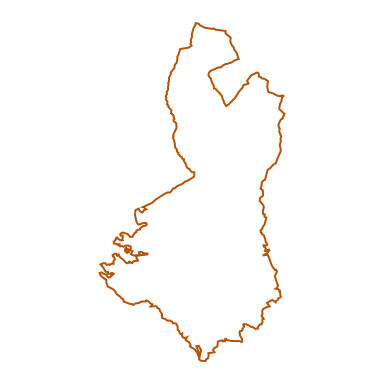 Sangeorz-Bai, Bistrita-Nasaud, Romania
{"feature_id": "2599482B94915018656895", "entity_name": "Sangeorz-Bai", "entity_type": "district", "adm_level": 2, "iso_a3": "ROU", "parent_name": "Romania", "parent_adm1": "Bistrita-Nasaud", "projection": "robinson", "projection_center": [24.648, 47.428], "detail": "fine", "context": "isolated", "style": "outline", "palette": "amber", "viewbox_px": 384, "rotation_deg": 0, "n_neighbors": 0, "source": "geoboundaries", "source_scale": "gbopen_adm2", "svg_char_len": 6024}
<svg xmlns="http://www.w3.org/2000/svg" viewBox="0 0 384 384"><path d="M255.4,328.9L257.9,328.5L257.6,327.6L259.2,325.3L260.2,324.3L261.6,324.3L261.9,322.9L262.4,322.5L262.4,319.2L263.8,318.8L261.6,316.1L262.6,313.9L262.1,311.5L262.9,309.2L266.9,307.0L269.7,306.4L267.0,302.9L272.3,299.9L275.5,302.3L275.6,301.3L277.9,299.8L278.3,298.3L280.0,297.7L280.9,296.7L280.4,295.7L280.1,291.6L279.4,291.5L279.7,290.5L278.1,289.1L275.7,288.7L276.9,287.9L278.0,285.8L274.8,276.3L276.9,271.5L276.2,269.9L274.7,269.9L274.4,268.8L273.0,267.5L271.4,264.5L268.9,257.2L267.5,254.7L262.7,255.5L267.1,253.2L269.3,250.6L268.8,249.6L265.6,251.3L265.1,251.0L265.6,250.5L265.3,250.1L265.7,248.7L264.9,246.6L264.0,246.7L263.5,245.3L266.4,245.4L267.3,244.8L267.3,244.2L265.6,241.6L265.5,240.2L263.9,235.4L261.6,233.7L261.6,232.8L260.5,231.8L260.6,230.1L262.0,229.3L262.8,226.7L264.5,224.6L266.4,217.6L264.5,216.8L264.8,214.5L263.2,214.2L262.9,211.0L263.8,207.1L263.3,205.2L259.6,200.8L259.8,199.0L260.5,197.5L262.9,195.9L263.1,191.5L262.6,191.0L262.6,190.2L260.6,188.5L261.5,185.9L261.8,182.5L263.2,180.7L265.1,179.6L267.7,169.7L270.1,168.2L273.2,164.8L275.9,163.2L277.2,159.0L280.7,151.2L280.6,148.6L279.7,144.9L280.8,141.6L280.5,138.8L281.3,136.9L279.2,131.4L279.7,129.1L278.6,126.4L278.5,124.3L280.7,119.6L282.5,118.8L282.9,116.7L283.9,115.6L284.4,113.9L279.4,109.1L279.2,108.4L280.2,103.5L281.3,101.5L282.0,97.5L283.4,96.0L282.7,95.5L279.8,96.1L277.7,95.8L272.3,93.1L268.3,92.0L267.2,86.6L268.0,81.2L264.8,79.0L261.9,78.3L260.6,77.0L258.8,76.6L258.8,74.2L258.1,72.8L257.1,72.5L251.1,75.4L247.1,80.8L248.4,83.3L248.0,83.9L243.5,85.1L242.4,87.8L239.1,91.5L235.2,97.7L228.6,104.5L226.2,106.0L223.9,102.5L223.7,100.9L222.7,98.8L221.8,95.6L215.5,88.8L213.9,88.5L213.6,85.1L211.8,82.3L210.8,78.5L208.7,75.9L208.4,74.6L209.2,72.4L210.5,70.9L218.5,67.5L221.3,67.2L222.5,65.8L224.9,64.4L231.3,62.6L235.0,60.2L238.6,59.0L236.6,52.7L234.3,49.7L233.7,47.2L232.5,46.2L231.1,43.8L230.3,41.3L230.6,37.6L225.6,33.4L225.6,31.0L215.5,29.6L213.3,28.4L212.0,28.9L204.8,27.7L199.8,25.2L198.7,23.8L195.9,23.0L195.5,23.7L195.5,24.9L193.7,27.9L191.9,33.8L192.0,37.0L190.7,39.9L191.2,42.5L190.5,43.6L190.6,44.4L191.6,45.7L188.8,47.6L180.2,49.0L178.3,55.1L177.4,56.4L177.3,59.7L176.4,63.3L175.2,64.1L174.5,66.2L174.5,67.9L170.8,72.4L171.0,73.7L169.0,77.8L168.9,81.9L168.0,83.2L168.6,84.3L167.9,87.5L168.2,89.3L166.7,92.1L166.9,94.2L165.7,96.3L166.3,97.5L166.1,99.5L167.5,101.9L167.1,104.4L168.4,105.5L168.3,106.6L171.2,110.2L171.4,110.9L171.0,113.3L173.0,114.9L173.5,116.1L174.4,119.0L173.6,119.5L173.6,120.8L174.3,121.8L175.4,122.3L176.3,123.7L176.5,128.1L173.4,134.2L173.4,136.4L172.9,137.1L174.5,141.9L175.2,147.5L177.0,149.8L176.8,151.5L178.4,152.8L178.1,153.9L179.4,154.8L179.8,156.1L181.8,157.1L182.2,158.6L184.1,159.3L183.7,160.6L185.7,163.8L186.9,167.5L188.7,168.9L189.3,168.8L191.0,171.3L192.2,172.2L194.3,172.2L194.3,175.5L193.9,176.8L187.9,180.6L185.0,181.6L182.7,183.7L176.8,186.3L174.6,188.4L173.3,188.3L170.6,192.0L169.3,192.6L167.8,192.4L165.0,193.6L155.6,199.6L152.4,202.7L142.9,207.1L144.1,207.4L146.2,209.4L144.1,210.0L142.4,212.6L139.6,210.9L138.6,208.6L135.7,210.1L135.4,210.5L135.0,214.8L136.4,221.6L137.6,223.7L138.6,224.7L143.6,222.9L145.9,223.1L146.7,223.6L146.7,224.6L145.9,225.5L143.1,226.0L140.1,228.3L139.9,229.6L137.8,229.8L136.3,230.9L136.2,232.2L134.5,233.3L132.3,236.8L130.2,236.9L127.7,234.1L122.7,232.5L120.5,233.7L120.2,234.4L121.0,235.7L122.6,235.5L122.8,237.8L122.2,239.1L122.7,240.2L120.6,240.3L117.9,238.8L117.3,237.5L116.5,237.6L115.9,238.2L115.9,239.5L113.6,241.9L114.2,243.6L116.0,243.8L117.3,244.7L117.8,244.1L119.6,244.3L119.2,245.7L120.1,246.4L121.2,245.8L123.6,246.8L125.3,245.7L127.7,245.5L130.7,246.5L130.8,248.6L130.4,249.5L129.6,249.7L127.0,248.9L126.2,247.8L125.1,249.0L125.0,249.9L125.8,250.1L125.3,251.4L127.8,253.5L126.7,251.3L127.5,251.2L128.3,252.4L128.7,252.2L128.4,250.4L128.9,250.1L132.5,251.3L130.8,253.9L132.4,255.1L134.2,255.5L137.7,255.2L139.6,254.0L138.9,252.2L141.1,252.0L142.7,252.4L143.0,253.2L147.5,253.5L147.5,254.4L136.2,255.8L135.8,256.1L136.6,256.7L136.5,258.1L137.8,260.1L137.3,260.3L137.5,260.8L133.8,261.2L132.6,262.1L132.3,263.0L130.9,262.6L129.7,261.5L129.1,261.8L129.3,262.7L126.7,263.2L122.2,258.8L120.4,257.8L118.7,254.6L117.5,255.9L116.3,254.4L116.4,253.9L114.7,253.7L112.6,255.0L113.0,256.5L113.9,256.7L114.9,259.4L113.6,260.7L113.5,263.8L112.5,263.3L109.6,264.9L109.2,264.4L106.7,264.8L105.3,263.3L103.4,263.2L100.5,264.4L101.8,265.7L101.7,266.2L102.8,266.7L105.6,271.6L108.2,272.2L107.6,273.5L111.0,274.2L111.3,272.9L112.5,273.0L113.7,273.7L113.3,274.3L111.5,275.3L111.8,275.7L110.5,276.8L108.6,277.7L106.8,275.9L106.5,274.8L103.2,273.6L101.6,272.4L99.6,273.2L100.5,275.1L102.8,277.6L106.3,279.8L106.5,283.2L107.9,286.6L112.2,288.7L114.6,290.6L116.7,294.3L120.0,296.5L121.8,298.7L123.2,299.1L123.8,301.7L130.3,304.0L131.8,304.0L133.1,304.9L135.3,303.5L138.5,303.1L141.0,301.7L146.1,301.3L146.4,300.4L147.9,300.9L150.2,303.1L152.4,304.3L150.6,306.5L155.6,306.1L156.9,306.8L157.3,308.0L159.3,308.8L160.1,311.2L161.9,313.7L162.1,314.8L161.7,315.4L162.1,315.9L162.1,318.1L165.5,319.0L167.1,320.6L170.3,320.6L171.1,321.4L172.2,321.6L172.8,323.2L175.9,323.4L177.6,326.3L177.7,329.7L179.4,331.4L179.7,333.3L181.2,334.4L182.2,333.6L182.0,335.9L183.1,337.6L184.7,337.8L185.0,338.3L186.8,337.4L185.7,339.4L185.8,340.2L189.2,342.3L190.6,345.3L190.0,346.5L194.8,349.5L197.3,352.9L198.5,356.2L199.3,353.6L196.4,346.2L198.7,345.8L201.1,350.1L199.1,359.4L201.0,360.8L205.4,361.0L206.5,359.0L207.9,358.3L208.6,356.0L208.4,353.2L214.4,352.3L213.1,350.3L213.7,348.5L217.3,346.5L217.9,341.6L219.0,341.1L222.1,340.3L222.6,341.3L224.6,341.3L224.2,340.7L225.1,339.1L225.7,339.7L226.2,339.3L226.4,339.9L231.8,341.0L239.6,341.1L241.7,342.1L242.2,341.3L242.1,339.1L240.0,335.4L240.0,334.0L239.4,332.7L239.9,331.1L241.4,331.1L242.5,330.1L242.5,328.7L243.8,327.3L244.2,326.3L243.2,325.1L243.6,324.1L246.2,324.3L249.6,325.8L250.6,326.7L253.1,327.2L255.4,328.9Z" fill="none" stroke="#b45309" stroke-width="2"/></svg>